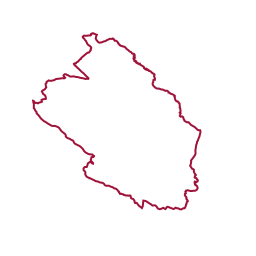 the district of Anosibe-An'ala, Alaotra-Mangoro, Madagascar, rotated 126°
{"feature_id": "10022922B56031688474611", "entity_name": "Anosibe-An'ala", "entity_type": "district", "adm_level": 2, "iso_a3": "MDG", "parent_name": "Madagascar", "parent_adm1": "Alaotra-Mangoro", "projection": "equal_earth", "projection_center": [47.933, -19.502], "detail": "fine", "context": "isolated", "style": "outline", "palette": "rose", "viewbox_px": 256, "rotation_deg": 126, "n_neighbors": 0, "source": "geoboundaries", "source_scale": "gbopen_adm2", "svg_char_len": 5759}
<svg xmlns="http://www.w3.org/2000/svg" viewBox="0 0 256 256"><g transform="rotate(126 128 128)"><path d="M69.0,145.4L69.1,146.1L69.6,146.1L69.7,146.3L69.2,147.2L69.5,147.8L69.3,148.3L69.6,148.6L69.9,148.2L70.2,148.1L70.3,149.0L70.1,149.5L70.2,150.1L69.7,150.4L69.5,151.0L69.2,151.3L69.6,155.6L69.1,156.1L69.8,156.5L69.6,157.5L70.0,157.7L69.8,158.6L70.2,158.8L70.3,159.8L70.0,160.4L69.5,160.5L69.8,161.1L69.6,161.6L70.0,161.7L70.1,162.1L69.8,162.4L69.2,162.2L69.3,163.2L68.9,164.0L68.5,164.0L68.3,164.5L67.9,164.3L67.4,164.6L67.4,163.9L67.1,163.7L66.8,164.3L66.1,164.8L66.2,165.6L65.1,165.4L64.8,165.7L64.6,166.1L64.6,167.1L65.0,167.4L65.3,168.4L64.8,169.9L65.1,171.5L65.0,172.8L64.8,173.4L64.9,174.1L64.8,176.2L64.4,177.2L64.3,178.2L64.4,178.9L64.9,179.5L65.0,180.4L65.3,180.8L65.4,181.5L65.8,182.3L65.7,183.1L65.9,183.4L65.5,183.8L65.4,185.6L64.8,186.0L64.4,187.7L64.5,189.1L65.2,190.0L64.9,191.0L64.5,191.3L64.6,191.9L64.5,192.9L65.2,193.1L66.5,195.1L69.5,196.8L70.9,197.3L72.4,198.6L74.0,199.5L75.9,201.4L76.0,202.6L75.3,205.4L74.5,206.8L73.2,207.4L70.9,208.0L71.2,208.8L71.9,212.1L72.7,212.3L72.9,212.8L73.6,213.2L74.8,212.6L75.1,212.7L76.9,215.0L77.4,215.3L79.2,217.9L80.7,218.3L81.3,217.7L81.4,216.2L82.1,214.6L82.2,213.5L82.4,212.9L82.8,212.4L83.4,211.0L83.9,210.4L84.2,208.2L84.0,207.3L84.4,205.2L85.6,204.4L86.1,204.6L86.6,204.4L87.1,203.8L90.0,204.0L90.5,204.7L91.4,205.2L97.0,206.6L99.2,207.0L99.9,206.7L100.7,207.2L103.7,207.5L105.5,208.3L106.2,208.1L107.4,209.4L107.9,209.5L108.4,208.6L108.7,206.6L108.8,204.8L109.1,204.0L109.0,203.4L109.8,198.5L109.8,196.3L110.6,192.1L110.8,190.0L111.0,189.2L111.6,189.0L111.9,189.4L112.1,190.0L113.4,191.3L113.9,193.0L115.4,196.0L116.4,198.7L117.3,200.2L118.2,202.4L120.2,204.7L120.5,205.8L120.5,207.2L120.8,208.1L121.0,209.8L121.8,210.9L122.9,211.1L123.6,210.9L123.9,210.2L124.2,208.7L124.3,208.4L125.1,208.6L125.4,208.9L126.1,210.1L130.5,214.8L131.1,215.3L132.5,215.7L135.2,218.1L136.2,220.2L137.8,220.6L138.1,220.9L138.5,221.0L139.6,220.4L140.7,220.6L141.9,219.6L143.1,218.0L143.6,218.0L145.7,218.1L147.8,219.1L149.0,219.2L150.3,216.7L150.3,214.9L150.7,213.5L152.2,211.9L152.8,211.6L154.8,213.7L155.9,214.5L156.4,214.3L157.2,213.2L157.7,213.1L159.6,214.8L160.8,215.2L161.0,215.4L161.2,216.5L162.2,217.7L162.3,218.0L161.6,220.0L161.8,220.7L163.1,219.4L163.9,218.3L167.3,215.9L167.4,215.1L168.4,213.2L168.9,211.3L169.9,210.5L170.2,208.0L171.5,204.0L171.9,199.9L171.5,198.2L171.6,196.9L171.2,192.0L171.0,191.0L170.3,189.6L169.3,188.5L168.4,185.2L168.4,183.9L169.7,179.9L169.9,175.1L170.6,173.9L171.5,173.3L171.7,171.5L171.6,170.6L171.0,168.8L170.9,166.6L170.5,165.3L170.6,164.8L171.7,162.7L171.9,161.8L171.3,157.9L171.1,157.3L171.0,155.4L171.5,152.2L172.5,149.8L172.7,148.0L172.3,144.7L171.1,142.2L170.4,141.3L170.6,140.7L170.6,139.0L170.9,138.8L171.8,139.0L172.7,140.1L173.3,140.4L174.9,139.5L175.7,139.4L176.3,138.6L176.8,135.9L177.0,135.5L177.4,135.3L177.6,135.8L177.6,138.1L177.9,138.9L180.3,139.7L182.1,138.9L183.8,138.5L184.9,140.0L185.9,140.2L186.8,140.2L188.1,139.2L188.3,138.8L188.5,137.3L188.7,136.7L189.0,136.3L190.1,135.8L190.7,135.2L191.6,133.2L191.7,132.5L191.5,131.1L191.2,130.3L191.4,129.7L190.9,129.1L190.6,126.7L190.2,125.3L190.0,122.9L189.1,121.2L188.5,118.6L187.3,116.3L187.3,114.4L187.8,113.3L187.8,112.6L187.4,111.4L186.1,109.9L185.5,107.2L184.9,105.6L185.0,103.7L184.2,102.2L184.3,100.3L184.7,99.2L184.8,97.9L184.9,97.7L185.5,97.4L185.5,96.4L186.0,95.7L185.2,94.9L185.0,93.9L184.5,93.1L184.7,92.3L184.1,91.4L184.1,90.4L183.4,89.4L183.0,89.0L182.7,88.0L181.6,87.1L181.3,86.3L181.7,85.6L182.9,84.5L182.9,83.7L182.4,81.7L183.2,79.8L184.0,79.2L184.5,78.3L184.4,78.0L183.8,77.6L183.6,77.2L183.5,76.7L184.2,74.6L184.6,72.8L184.4,71.6L184.6,69.7L182.6,70.1L177.7,72.9L176.8,71.1L176.5,69.5L176.4,66.0L176.2,64.8L176.4,62.7L175.1,61.3L174.8,60.8L174.6,60.1L174.8,58.6L175.6,56.6L175.1,54.7L174.9,54.4L173.5,53.4L172.0,52.7L171.8,52.4L171.7,50.2L171.3,50.0L169.2,50.1L168.4,49.6L166.8,43.6L166.2,43.1L164.6,42.8L164.4,42.3L164.1,41.0L163.4,40.1L163.3,38.4L162.6,37.1L160.3,36.0L160.1,35.4L159.4,35.0L157.1,35.4L155.8,36.1L155.2,36.0L153.5,36.9L152.3,36.5L151.9,36.7L151.5,37.4L151.2,38.1L151.4,38.4L150.9,39.3L149.8,39.9L149.1,42.2L148.8,42.7L147.8,43.2L146.9,42.8L145.9,44.1L145.2,43.9L144.6,44.3L144.4,44.2L143.9,43.5L143.2,43.1L142.4,40.7L141.2,39.0L140.3,38.2L139.3,36.8L137.7,36.1L136.0,36.2L135.1,36.9L134.4,38.1L134.5,39.1L134.2,39.6L134.5,40.0L134.4,40.5L132.8,42.3L132.0,42.4L131.9,41.9L132.3,41.2L131.8,40.8L131.1,40.8L130.4,40.4L129.2,40.8L128.9,42.5L128.4,43.0L128.5,43.9L128.9,44.6L128.8,45.0L127.7,45.6L126.1,45.5L125.9,46.0L125.8,46.8L125.0,48.5L124.3,49.3L123.0,50.2L123.0,51.2L123.3,52.4L122.7,53.6L122.0,55.6L121.0,55.7L118.2,57.0L117.2,57.9L111.2,57.8L109.5,58.1L108.6,58.6L106.7,60.2L101.7,62.8L99.3,63.5L98.7,64.0L97.2,64.1L93.8,65.1L93.1,65.1L91.1,66.0L89.9,66.4L88.4,67.2L87.4,68.3L88.2,69.4L88.6,70.5L88.0,74.7L88.5,78.8L87.7,82.4L88.8,83.7L89.0,86.4L88.9,86.8L88.4,87.1L87.9,88.6L86.9,89.5L86.7,90.4L86.9,91.1L87.9,92.0L87.9,92.6L87.8,93.0L87.6,92.9L85.6,94.3L85.1,94.2L85.1,95.2L83.9,95.2L83.0,95.7L81.8,97.0L81.5,97.1L81.3,97.4L81.2,98.2L80.4,98.5L77.9,100.7L77.8,101.0L77.9,101.7L77.4,102.3L77.5,103.2L77.3,103.5L77.9,104.5L77.4,106.3L75.8,108.1L75.4,108.9L74.7,108.8L74.4,109.1L74.4,110.7L74.9,113.1L75.3,113.8L75.1,114.9L75.5,116.0L75.0,116.2L74.9,116.5L74.8,118.0L75.4,119.2L76.0,119.6L76.4,122.3L77.2,123.6L77.9,126.1L78.9,127.5L79.2,128.3L79.3,130.1L78.9,132.3L78.3,133.5L77.6,134.2L77.0,134.5L76.0,134.5L75.3,135.1L74.0,135.7L73.7,135.5L73.2,134.6L72.1,135.2L70.7,137.5L70.2,137.7L69.5,137.7L69.1,138.0L69.0,138.4L69.0,139.4L69.4,140.4L69.1,141.1L69.2,141.7L68.9,142.6L69.2,144.3L69.5,144.7L69.0,145.4Z" fill="none" stroke="#9f1239" stroke-width="2"/></g></svg>